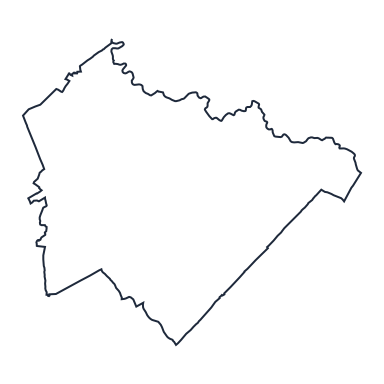 outline of Costuleni, Iasi, Romania
{"feature_id": "2599482B11377043097002", "entity_name": "Costuleni", "entity_type": "district", "adm_level": 2, "iso_a3": "ROU", "parent_name": "Romania", "parent_adm1": "Iasi", "projection": "albers", "projection_center": [27.868, 47.006], "detail": "fine", "context": "isolated", "style": "outline", "palette": "slate", "viewbox_px": 384, "rotation_deg": 0, "n_neighbors": 0, "source": "geoboundaries", "source_scale": "gbopen_adm2", "svg_char_len": 5803}
<svg xmlns="http://www.w3.org/2000/svg" viewBox="0 0 384 384"><path d="M361.0,172.9L357.8,170.4L357.1,168.9L355.8,164.4L355.5,162.7L354.1,159.1L353.9,158.3L354.0,157.5L354.8,156.1L354.9,155.6L354.9,155.0L354.5,154.2L353.7,153.4L351.6,151.7L347.1,149.3L345.1,148.6L343.8,148.4L339.9,148.5L339.6,148.4L339.3,147.6L339.7,146.3L339.8,145.6L339.6,145.2L338.8,144.5L338.0,144.2L336.6,144.0L335.6,144.2L335.2,143.9L334.3,142.5L333.0,138.8L332.4,138.1L331.8,137.8L326.0,137.6L324.4,139.0L323.5,139.3L322.3,140.2L322.0,140.2L321.4,140.0L318.7,138.3L317.5,137.9L314.4,138.1L312.1,137.4L310.9,137.4L308.5,138.2L307.4,139.4L306.1,141.2L303.5,142.8L302.6,143.0L298.1,142.1L294.1,142.4L292.0,142.1L290.7,141.3L288.6,137.7L286.1,135.1L285.1,134.5L284.2,134.3L283.3,134.7L281.8,136.7L280.6,137.1L275.6,136.6L274.4,136.2L274.0,135.5L273.0,133.1L272.7,132.2L272.6,130.5L272.1,129.2L271.4,128.9L270.2,129.4L268.8,129.4L267.5,128.7L266.6,127.7L266.3,127.1L266.2,125.9L266.4,124.4L267.2,122.8L267.2,122.2L266.7,121.6L265.5,121.3L264.7,120.9L263.9,119.6L263.5,118.6L263.4,117.9L263.5,116.9L264.2,115.6L264.4,114.6L262.0,111.9L261.2,109.6L260.8,109.1L258.7,107.8L258.5,107.1L259.1,104.5L258.8,103.7L254.5,101.2L253.3,100.9L252.3,101.2L251.8,104.5L251.5,105.4L251.2,105.9L250.1,107.0L247.4,107.0L246.4,107.5L246.1,108.0L245.8,110.2L245.7,110.7L245.4,111.0L244.0,111.2L241.7,110.7L240.0,109.8L238.7,109.7L235.7,111.6L235.0,112.6L234.4,114.7L233.7,115.2L233.3,115.1L230.5,113.6L229.2,113.2L228.0,113.4L225.8,115.0L223.8,117.2L222.0,120.2L221.5,120.8L221.1,120.9L219.5,120.2L216.8,118.0L216.0,117.7L214.3,118.1L212.9,119.1L212.1,119.1L209.3,116.1L206.1,111.7L204.9,109.7L204.9,109.2L205.4,108.3L206.8,107.4L207.4,106.7L207.6,105.6L207.6,103.2L209.2,100.5L209.3,99.6L209.2,99.3L207.8,98.2L205.2,96.5L203.5,96.6L202.4,97.2L201.3,98.0L200.6,98.2L199.1,97.6L197.6,95.6L197.3,93.3L196.8,92.8L195.9,92.3L192.2,92.6L189.4,93.5L188.6,93.9L184.2,98.4L183.4,98.8L181.6,99.2L179.6,100.3L176.4,101.1L175.0,101.1L172.0,99.9L169.5,98.4L166.3,97.3L164.8,96.3L163.9,95.1L163.0,92.4L159.0,91.6L158.5,91.6L157.6,90.9L157.1,91.2L154.9,93.1L151.2,95.4L150.0,95.2L148.0,93.9L145.9,93.1L144.6,92.1L143.6,91.2L142.8,89.2L142.6,87.8L142.5,86.1L141.4,85.0L140.0,84.5L138.9,84.4L134.6,84.9L133.7,84.7L132.8,84.2L132.3,83.5L131.9,82.6L131.8,80.6L133.1,78.8L133.4,78.2L133.6,77.5L132.6,73.6L132.1,72.7L131.5,72.1L130.4,71.6L129.5,71.4L128.5,71.8L126.4,73.1L125.2,73.4L123.7,73.0L122.7,72.0L122.4,70.7L122.8,69.5L126.1,65.5L126.1,64.7L125.9,64.1L125.4,63.6L123.8,63.5L121.7,64.5L120.4,64.8L119.2,64.6L117.9,64.1L115.7,63.8L114.2,63.9L113.3,62.1L113.4,61.1L113.8,60.5L113.2,59.9L112.9,58.8L112.9,56.4L112.7,55.3L111.4,51.7L111.5,50.1L111.7,49.3L112.5,48.5L113.0,48.2L115.2,48.2L117.1,48.5L118.4,48.4L122.3,46.1L123.7,44.6L123.7,44.0L123.0,42.6L122.1,42.1L119.7,42.5L116.8,43.7L116.0,43.7L113.4,43.1L112.3,42.5L111.8,41.5L111.6,40.5L111.8,39.7L112.1,39.1L111.7,39.6L111.5,40.5L111.3,42.3L111.4,43.2L105.3,47.7L103.8,49.2L102.9,49.5L101.9,50.5L98.7,52.1L93.7,55.7L93.0,56.6L90.2,58.7L87.6,60.3L82.1,64.6L80.2,65.8L79.9,66.2L80.3,69.7L80.9,71.6L77.3,71.8L77.2,73.1L77.1,73.4L76.1,73.4L75.3,72.9L74.9,73.4L74.7,73.4L74.3,72.7L73.9,72.7L73.3,73.4L72.8,73.5L72.3,74.4L72.0,74.4L72.2,75.6L71.0,75.1L70.9,74.7L70.1,74.5L69.4,73.4L68.8,73.5L68.7,74.0L65.5,79.1L67.1,79.6L69.4,81.0L67.6,83.7L65.6,86.2L64.4,88.2L63.4,90.3L62.7,91.4L62.1,92.0L61.0,91.6L58.2,89.7L56.3,89.0L40.3,104.7L35.3,106.5L28.7,109.3L23.0,115.6L26.0,123.3L27.0,125.5L27.2,126.7L35.5,147.0L40.2,159.2L42.7,164.9L44.2,169.1L42.1,170.5L41.3,171.5L39.7,172.7L39.2,174.6L37.7,178.7L34.1,181.9L33.6,183.3L35.3,184.3L39.0,187.0L39.3,187.3L39.1,188.0L40.3,189.3L41.6,190.3L40.2,191.5L36.9,193.6L36.6,193.4L28.3,198.3L29.8,201.2L30.6,203.5L32.3,202.4L33.8,200.7L37.0,200.5L38.9,201.3L45.0,197.6L45.1,199.1L45.6,200.8L46.1,203.4L46.7,205.3L46.5,205.9L46.2,206.2L43.4,207.6L43.0,208.2L42.5,209.8L40.5,214.8L39.7,217.3L39.7,218.4L39.7,219.3L40.2,220.7L40.2,221.6L39.9,222.5L40.0,223.6L40.2,224.5L41.4,225.1L44.9,225.1L45.6,226.4L46.6,226.9L46.6,228.3L46.2,231.2L44.9,232.4L44.8,232.8L45.3,234.0L45.2,234.9L41.5,237.4L40.8,238.6L40.5,239.6L40.2,239.9L38.7,240.0L38.6,240.6L37.8,240.2L37.6,240.3L36.9,241.1L36.4,242.4L36.7,243.6L36.8,245.9L37.0,246.0L45.0,246.9L43.5,254.4L43.3,255.4L43.3,259.4L43.8,266.0L44.4,267.7L44.6,269.8L44.7,270.3L44.3,271.9L44.7,275.0L44.6,276.6L45.4,280.6L45.1,283.5L45.4,286.8L45.3,288.4L45.7,290.3L46.6,292.0L46.7,293.0L46.5,294.2L46.5,294.8L47.5,294.8L48.1,295.9L49.0,296.1L49.5,295.6L49.4,294.3L55.9,294.0L80.5,280.6L90.0,275.6L99.2,270.3L101.4,269.3L101.7,270.6L102.7,272.2L105.0,274.0L106.8,276.0L109.9,278.8L110.4,279.8L111.7,281.0L113.4,283.1L114.2,283.7L115.0,285.1L116.1,287.9L118.8,290.9L120.0,292.9L120.8,295.3L121.8,297.6L121.7,299.2L124.2,298.9L125.7,298.5L129.1,296.9L130.7,297.3L133.3,299.4L136.3,306.6L143.2,302.8L142.9,304.7L143.1,307.4L143.6,308.8L145.8,312.2L147.3,315.3L148.9,317.4L150.5,318.9L152.1,319.9L158.3,321.8L160.8,324.8L162.0,327.2L163.8,331.9L167.1,336.6L168.0,337.5L169.6,338.6L172.5,339.8L173.3,341.2L174.1,341.8L176.0,344.9L178.0,343.2L181.0,340.0L186.2,333.8L190.7,330.0L193.4,326.9L196.2,324.1L197.8,322.9L199.0,321.1L200.3,319.9L211.3,307.5L215.3,301.9L219.6,298.2L219.4,297.8L219.7,297.0L220.6,296.4L221.9,295.0L222.5,295.5L224.4,294.4L224.2,293.4L230.5,287.1L239.7,277.3L244.5,271.9L244.4,271.5L247.5,268.8L255.7,260.1L267.9,248.2L267.1,247.1L268.8,245.6L273.7,240.5L277.6,235.8L281.1,232.5L282.3,230.8L284.3,228.2L300.8,211.7L301.2,211.2L301.5,210.5L303.1,209.0L304.8,207.6L307.8,204.2L308.3,203.1L312.2,200.0L313.3,198.3L314.0,197.6L315.0,196.3L316.2,195.3L321.3,189.7L324.9,191.9L327.4,192.3L331.5,194.0L333.6,195.2L341.2,198.2L342.8,199.7L344.1,201.4L351.4,187.7L353.0,185.7L361.0,172.9Z" fill="none" stroke="#1e293b" stroke-width="2"/></svg>